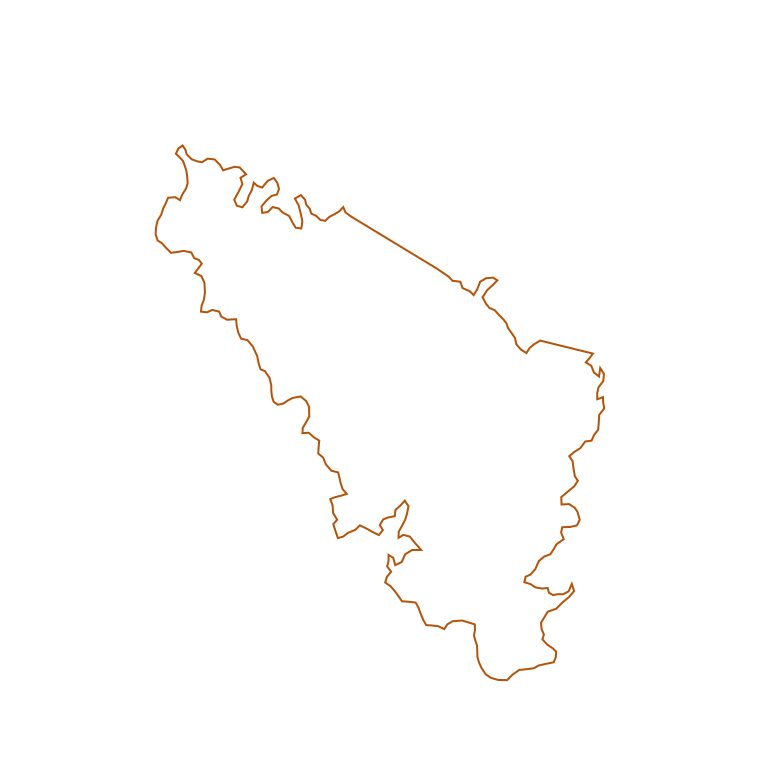 Ponte Alta do Norte, Santa Catarina, Brazil (Mercator projection), rotated 40°
{"feature_id": "56859067B74715517564167", "entity_name": "Ponte Alta do Norte", "entity_type": "district", "adm_level": 2, "iso_a3": "BRA", "parent_name": "Brazil", "parent_adm1": "Santa Catarina", "projection": "mercator", "projection_center": [-50.427, -27.181], "detail": "fine", "context": "isolated", "style": "outline", "palette": "amber", "viewbox_px": 768, "rotation_deg": 40, "n_neighbors": 0, "source": "geoboundaries", "source_scale": "gbopen_adm2", "svg_char_len": 4101}
<svg xmlns="http://www.w3.org/2000/svg" viewBox="0 0 768 768"><g transform="rotate(40 384 384)"><path d="M280.0,452.1L284.5,450.7L292.4,452.9L298.5,457.5L302.3,461.9L306.3,465.7L310.8,468.5L315.9,468.2L319.4,463.7L320.9,458.5L322.9,453.5L328.2,447.1L335.3,447.1L341.2,449.6L347.6,456.9L349.1,464.3L349.9,469.7L353.1,474.1L357.7,469.7L364.5,469.9L370.8,469.0L374.5,474.4L378.3,479.5L384.6,479.5L391.2,482.9L399.4,484.3L405.7,481.2L410.0,484.3L414.5,487.8L419.8,491.1L426.1,492.1L423.3,496.6L419.1,502.4L416.8,506.7L422.6,510.0L427.9,515.5L435.4,518.1L435.2,523.9L440.7,527.4L447.7,531.7L450.8,527.1L452.1,521.2L455.8,514.1L456.4,507.8L463.1,506.1L470.4,504.7L477.2,503.0L477.0,496.6L471.5,494.8L470.4,488.3L472.9,483.6L477.2,478.4L473.7,473.0L474.7,466.6L474.9,460.0L481.3,461.9L485.0,468.6L487.6,474.7L489.0,481.6L490.3,487.8L494.0,492.5L495.8,487.2L501.7,484.3L510.7,486.0L519.2,487.2L512.2,493.2L509.7,500.8L512.0,509.0L509.1,515.5L502.7,511.2L497.4,512.0L501.4,516.9L503.6,521.7L510.1,523.2L510.2,529.7L512.5,535.3L519.2,534.7L525.8,535.8L531.1,537.1L537.4,538.9L543.2,534.7L548.7,531.1L553.9,533.0L559.4,536.2L565.3,539.3L571.3,541.6L575.6,538.4L581.2,534.7L587.7,533.0L587.0,527.4L589.2,521.4L596.0,514.9L602.1,512.3L608.1,509.8L611.9,514.1L614.6,518.9L618.7,521.7L623.4,524.6L627.5,529.1L631.0,533.0L635.7,536.2L641.6,539.0L648.6,541.0L654.7,540.4L661.7,537.3L668.7,531.7L669.3,524.0L671.4,516.1L677.0,510.4L681.6,505.3L683.3,500.4L687.3,495.1L692.9,488.1L691.1,482.6L687.9,478.4L683.1,478.0L676.3,478.7L669.5,477.8L667.5,473.1L662.2,470.4L657.7,465.9L656.9,460.5L655.8,453.2L660.4,445.5L661.1,436.6L662.7,428.0L662.7,420.4L656.4,416.4L658.7,424.1L656.4,430.0L652.3,433.2L649.2,437.0L644.7,437.9L640.5,435.1L636.7,439.0L630.9,442.4L624.9,443.1L618.9,445.6L616.4,440.6L618.7,435.9L618.9,428.5L616.4,420.2L617.7,413.0L620.9,407.4L620.1,400.9L619.2,395.8L621.4,387.3L615.1,383.9L612.6,379.1L618.4,374.0L622.7,368.3L621.2,362.2L614.5,357.6L609.6,356.2L603.0,357.0L597.5,362.2L592.5,356.7L594.2,347.2L595.5,340.0L594.7,333.5L589.7,332.1L584.6,327.9L578.1,321.9L572.3,320.2L573.4,313.8L575.6,307.0L575.1,298.7L579.4,294.0L577.7,288.0L577.4,281.2L573.6,275.9L568.7,269.3L568.4,261.1L564.0,257.5L560.2,253.3L557.2,258.6L553.3,254.1L550.4,248.4L550.1,240.8L545.9,234.8L539.4,232.8L543.9,240.0L537.4,240.2L531.1,236.8L524.7,237.7L524.8,232.0L524.5,226.4L475.7,250.4L473.4,257.2L472.4,262.8L473.2,268.8L466.7,269.6L459.8,268.5L454.6,264.5L448.7,262.9L442.9,261.4L438.9,258.9L434.2,257.8L427.9,257.2L421.4,256.3L415.8,258.0L410.3,256.9L403.7,254.1L402.7,245.9L403.7,238.3L404.2,231.7L399.2,232.4L394.2,237.4L391.9,243.9L394.4,251.0L395.5,258.3L390.1,257.8L382.5,260.0L376.8,256.6L370.0,260.9L364.7,260.2L349.9,261.7L251.7,276.8L244.2,277.3L239.1,274.7L238.7,280.6L236.9,285.8L234.7,291.1L234.1,296.8L229.8,299.2L224.0,298.8L218.8,300.2L214.3,297.4L209.4,296.7L205.1,293.6L198.9,292.7L196.6,299.2L203.9,302.1L211.7,307.7L217.0,312.0L220.7,318.0L215.9,321.1L210.1,319.1L203.4,316.3L195.8,317.8L190.5,317.2L185.0,320.0L184.4,327.0L180.7,331.2L176.0,326.7L176.0,319.1L177.0,312.0L180.2,307.7L178.2,302.1L173.0,298.5L167.2,297.0L164.3,303.2L164.4,311.8L159.6,313.7L154.8,313.5L158.1,320.3L159.5,326.8L161.9,332.2L161.9,339.7L156.6,342.0L150.8,339.1L149.2,330.8L147.0,321.9L141.5,318.2L143.6,312.0L134.2,310.9L129.9,313.7L126.7,318.5L123.4,323.7L117.6,321.6L110.0,320.8L104.0,324.8L102.0,331.2L97.7,333.5L92.2,335.5L85.3,334.9L81.3,332.2L76.3,330.8L75.1,336.0L76.6,341.4L81.8,341.7L86.6,342.3L91.1,344.9L95.4,347.6L100.0,351.7L104.5,356.4L106.7,361.5L107.6,368.1L109.5,374.3L104.0,375.1L98.9,380.1L100.7,385.9L102.0,391.5L104.5,397.4L105.5,404.3L108.7,410.5L112.6,415.9L118.3,419.6L123.1,418.9L129.4,419.8L136.5,420.4L140.5,416.1L145.0,410.8L151.8,407.1L157.8,409.6L162.4,407.9L167.1,409.0L167.4,414.4L167.7,420.6L174.6,418.7L181.3,421.8L188.1,429.1L191.8,435.0L194.1,441.5L197.3,446.2L202.4,442.8L204.8,437.7L211.2,434.5L216.0,437.0L222.5,435.6L229.1,429.4L233.9,434.3L239.7,438.5L245.4,441.1L251.2,438.2L259.3,439.6L268.9,444.1L274.9,448.9L280.0,452.1Z" fill="none" stroke="#b45309" stroke-width="2"/></g></svg>